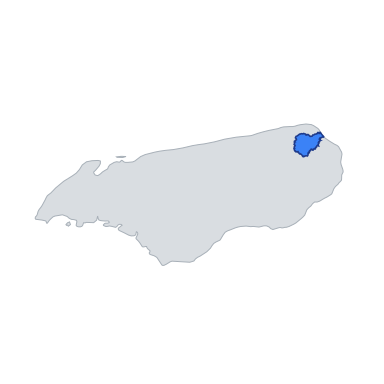 Amboasary-Atsimo, Anosy, Madagascar shown in context, rotated 242°
{"feature_id": "10022922B61088153240222", "entity_name": "Amboasary-Atsimo", "entity_type": "district", "adm_level": 2, "iso_a3": "MDG", "parent_name": "Madagascar", "parent_adm1": "Anosy", "projection": "mercator", "projection_center": [46.389, -24.509], "detail": "fine", "context": "in_parent", "style": "filled", "palette": "blue", "viewbox_px": 384, "rotation_deg": 242, "n_neighbors": 0, "source": "geoboundaries", "source_scale": "gbopen_adm2", "svg_char_len": 7850}
<svg xmlns="http://www.w3.org/2000/svg" viewBox="0 0 384 384"><g transform="rotate(242 192 192)"><path d="M248.3,48.8L249.3,51.1L250.4,53.2L253.9,58.5L255.4,60.5L256.7,62.6L257.4,66.9L259.6,73.6L261.7,83.7L262.4,94.0L263.0,98.7L264.7,103.2L267.4,107.8L268.2,113.0L266.6,118.3L264.2,123.4L263.6,124.3L262.5,125.6L262.0,125.5L260.0,124.3L258.5,122.1L256.5,117.1L255.8,114.6L255.0,114.2L252.6,114.4L251.0,116.0L250.7,117.0L251.0,119.8L251.7,122.3L251.9,124.9L252.0,128.2L252.6,129.1L253.5,130.0L254.5,132.1L254.7,137.2L254.1,139.7L252.4,141.9L252.5,143.2L253.1,144.4L252.6,145.2L250.4,146.1L249.5,147.0L248.3,149.2L246.4,153.8L246.2,156.1L247.4,163.3L247.0,168.4L244.6,178.1L243.2,182.7L241.2,188.2L238.2,195.5L235.2,204.7L232.7,214.2L230.8,219.9L228.7,225.5L225.7,235.5L223.3,245.7L219.6,256.9L214.5,269.4L213.9,271.1L212.9,277.5L211.7,283.1L210.3,288.7L207.5,297.9L207.2,300.7L206.5,303.4L203.8,309.2L202.6,311.4L201.8,313.7L201.3,316.6L200.5,319.4L198.5,324.6L195.5,329.0L193.4,330.6L189.0,333.0L186.8,333.5L181.8,333.5L177.0,334.9L172.0,337.5L167.1,340.4L165.3,341.8L163.3,342.7L156.9,342.8L155.0,342.2L148.6,337.3L146.1,336.5L141.4,335.8L140.0,335.4L138.7,334.8L136.8,332.2L133.1,330.1L132.2,329.4L131.6,327.9L131.2,326.3L130.3,324.5L129.5,321.2L128.3,318.8L124.8,314.6L124.5,313.3L124.2,308.8L124.3,305.8L124.0,300.4L124.4,297.8L125.6,295.5L125.1,293.0L123.8,290.3L123.3,287.6L122.4,285.1L118.7,280.7L117.9,278.5L117.3,276.2L115.9,269.2L115.8,266.8L116.0,261.6L116.5,258.9L117.3,257.1L117.6,255.7L118.1,254.5L119.0,253.6L119.6,252.4L120.9,245.8L122.6,244.4L125.2,243.5L127.2,241.8L128.4,239.5L129.6,234.7L132.8,230.0L133.9,227.5L136.5,223.8L138.8,218.5L139.5,216.0L140.0,213.5L140.6,207.9L141.0,205.2L140.9,202.4L139.6,199.6L136.5,194.5L136.4,193.6L136.6,189.8L136.4,187.1L135.2,184.4L133.7,181.8L132.3,177.0L131.6,169.1L131.7,166.3L131.3,163.7L130.2,161.3L131.0,157.1L140.3,141.9L140.6,140.1L140.3,135.5L140.4,132.8L140.8,131.8L141.5,131.2L143.1,131.0L150.6,130.3L151.6,129.8L153.5,128.6L156.1,126.1L157.2,125.4L158.3,125.6L158.9,126.7L159.8,127.3L162.8,126.2L164.0,126.1L165.2,126.3L165.7,125.3L166.1,123.9L166.5,122.9L167.3,122.4L171.2,122.1L173.7,121.7L177.0,120.7L177.7,120.9L180.3,124.4L181.1,124.7L182.1,124.8L183.0,124.2L180.8,122.4L180.5,121.4L180.6,120.2L181.8,117.7L183.7,115.8L187.9,112.9L192.3,109.6L193.5,109.4L194.6,109.9L195.4,113.8L195.3,114.5L196.0,114.6L196.8,114.1L197.6,112.5L197.6,111.2L197.0,109.9L196.7,108.8L196.7,107.9L198.9,105.5L200.7,103.3L201.5,100.7L202.2,99.5L204.0,98.1L204.6,98.3L205.0,99.4L205.2,100.6L204.7,101.8L204.1,102.9L203.8,104.5L204.8,104.8L205.8,104.4L207.2,101.6L208.9,99.0L209.9,97.6L211.1,96.6L213.1,96.8L215.1,97.4L211.9,94.6L211.1,90.8L214.9,84.2L214.9,82.9L215.5,82.4L215.8,81.9L213.8,79.7L213.4,78.6L213.7,76.9L214.6,75.4L215.5,74.4L216.7,74.0L217.7,74.6L219.8,76.4L221.2,76.7L223.0,74.9L224.4,72.7L226.5,71.2L229.0,70.3L232.7,66.9L235.1,59.7L235.3,57.6L234.7,55.1L233.9,52.6L232.4,49.6L232.8,49.0L234.8,49.4L235.5,48.9L237.7,46.3L241.3,41.2L242.5,41.2L243.5,42.1L243.9,43.5L244.6,44.6L247.1,47.0L248.3,48.8ZM223.1,69.0L223.1,69.8L220.3,69.4L219.9,66.7L221.2,66.6L221.5,65.5L222.4,65.4L223.3,67.8L223.1,69.0ZM256.7,146.3L254.3,150.4L255.0,147.0L257.8,142.1L258.5,141.8L256.7,146.3Z" fill="#d9dde1" stroke="#a8b0b8" stroke-width="1"/><path d="M182.0,302.4L181.7,302.3L181.4,302.3L181.2,302.1L180.8,302.2L180.6,302.1L180.3,302.0L180.2,302.0L179.9,302.5L179.6,302.5L179.6,302.3L179.3,302.4L179.2,302.3L178.9,302.4L178.9,302.6L178.7,302.7L178.8,303.0L178.7,303.1L178.3,303.5L178.1,303.5L177.9,303.8L178.2,304.0L177.9,304.6L177.5,304.2L177.3,304.3L177.0,304.3L176.9,304.4L176.7,304.5L176.4,304.5L176.0,304.9L175.8,304.8L175.6,304.8L175.4,304.8L175.2,304.8L174.9,305.0L174.7,305.5L174.4,305.7L174.4,305.8L174.5,305.9L174.3,306.0L174.0,306.0L173.5,306.3L173.2,306.3L172.7,306.4L172.5,306.5L172.2,306.5L171.9,306.4L171.8,306.5L171.5,306.5L171.5,307.0L171.4,307.2L171.1,307.1L170.8,307.0L170.6,307.6L170.6,308.2L170.8,308.7L170.6,308.8L170.6,309.3L170.5,309.5L170.3,309.7L170.2,309.8L170.2,310.1L170.1,310.5L169.9,310.7L169.9,310.9L169.8,311.1L169.7,311.1L169.8,311.3L170.0,311.6L170.4,312.0L170.6,312.0L171.1,312.3L171.6,312.5L171.9,312.8L172.1,313.0L171.9,313.2L171.5,313.4L171.6,313.8L171.6,314.0L171.8,314.0L172.0,314.2L172.1,314.3L172.2,314.2L172.3,314.3L172.3,314.2L172.6,314.2L172.8,314.4L172.8,314.7L173.0,314.9L173.1,315.0L172.8,315.2L172.8,315.4L172.8,315.6L173.1,315.6L173.2,315.8L173.3,315.9L173.3,316.3L173.4,316.7L173.6,316.8L173.7,317.2L173.9,317.4L173.8,317.5L173.7,317.5L173.4,318.1L173.2,318.1L172.7,317.8L172.1,318.4L172.2,318.8L172.3,319.0L172.4,319.3L172.5,319.5L172.6,319.8L172.8,319.8L172.9,320.0L173.0,320.2L172.9,320.4L172.7,320.6L172.3,320.7L172.3,320.9L172.1,321.0L172.2,321.4L172.3,321.5L172.6,321.6L173.0,321.6L173.4,322.2L173.4,322.3L173.2,322.4L173.2,322.6L173.2,322.9L173.2,323.1L173.4,323.2L173.5,323.2L173.6,323.3L173.7,323.5L173.8,323.5L174.1,323.8L174.3,324.4L174.1,324.5L174.3,324.9L174.3,325.0L173.9,325.0L173.7,325.2L173.3,325.3L173.2,325.4L174.1,325.5L174.7,325.9L175.0,325.9L175.0,326.0L175.2,326.6L175.4,326.6L175.6,327.0L175.9,326.9L176.1,326.8L176.4,326.8L176.5,328.7L176.5,328.8L176.6,328.5L176.7,328.4L177.0,328.2L177.0,328.8L177.1,329.0L177.1,329.5L177.3,329.2L177.5,329.1L177.8,329.4L177.7,329.5L178.1,329.9L178.4,329.3L178.6,329.3L178.7,329.1L178.9,329.1L179.2,329.5L179.5,330.0L179.6,330.3L179.7,330.5L179.4,330.8L179.2,331.0L179.4,331.4L179.5,331.7L179.2,332.1L179.3,332.4L179.3,332.5L179.2,332.6L179.3,333.2L179.2,333.3L179.4,333.5L179.2,333.8L178.8,334.0L179.1,334.3L180.2,334.0L181.5,333.7L182.0,333.6L183.0,333.5L183.6,333.4L184.0,333.4L184.3,333.4L184.6,333.1L184.4,332.9L184.1,332.6L184.0,332.4L183.8,332.2L184.0,332.0L184.4,332.2L184.5,332.0L184.4,331.8L184.5,331.8L184.7,331.7L184.9,331.7L184.9,331.3L185.1,331.3L185.2,331.2L185.5,331.1L185.5,330.8L185.3,330.7L185.1,330.5L184.9,330.4L184.7,330.2L184.7,329.8L184.3,329.8L184.5,329.7L184.9,329.5L185.0,329.4L185.0,329.1L184.9,328.9L184.9,328.7L185.3,328.0L185.2,327.7L185.5,327.3L185.4,327.0L185.2,326.8L185.2,326.7L185.3,326.3L185.4,325.5L185.5,325.4L185.3,325.3L185.3,325.0L185.2,324.8L185.0,324.5L184.9,324.4L184.9,324.2L185.1,324.0L185.1,323.8L185.2,323.7L185.2,323.0L185.5,322.8L185.6,322.7L185.7,322.3L185.8,322.2L186.2,322.2L186.4,322.3L186.5,322.2L186.9,321.9L187.1,322.0L187.4,321.9L187.5,321.8L187.7,321.7L187.8,321.7L188.1,321.6L188.4,321.4L188.4,321.2L188.4,320.8L188.6,320.6L188.4,320.3L188.5,320.2L188.4,320.1L188.6,319.7L188.8,319.5L188.8,319.4L189.1,319.4L189.4,319.4L189.4,319.5L189.6,319.5L189.8,319.5L190.0,319.4L190.1,319.1L190.4,318.8L190.6,318.6L190.8,318.4L191.1,318.3L191.1,318.2L191.3,318.0L191.2,317.7L191.2,317.3L191.5,317.0L191.6,316.8L191.6,316.6L191.9,316.5L192.0,316.4L192.0,316.2L192.2,315.7L192.2,315.4L192.3,315.4L192.3,315.2L192.4,314.9L192.4,314.7L192.4,314.4L192.6,314.3L192.6,314.1L192.6,313.7L192.5,313.3L192.4,313.2L192.3,312.4L192.2,312.0L192.3,311.7L192.2,311.4L192.1,311.2L192.1,310.8L192.3,310.0L192.2,309.9L192.0,309.7L191.9,309.4L191.7,309.1L191.6,308.9L191.1,308.7L191.0,308.8L190.9,308.8L190.6,309.0L190.4,309.0L190.2,309.1L190.0,308.9L189.9,308.9L189.7,308.8L189.4,308.9L189.1,308.8L189.1,308.5L189.1,308.2L188.9,307.7L189.0,307.5L188.9,307.4L188.7,307.3L188.5,307.0L188.7,306.8L188.7,306.6L188.8,306.4L188.5,306.2L188.4,306.0L188.2,306.0L188.1,305.8L187.8,305.9L187.7,306.0L187.7,305.9L187.7,305.7L187.4,305.6L187.2,305.5L186.9,305.4L186.8,305.2L186.8,305.3L186.7,305.1L186.3,305.1L186.2,305.0L186.0,304.9L185.9,304.6L185.7,304.8L185.2,304.8L184.8,304.9L184.7,304.6L184.3,304.6L184.2,304.4L184.3,304.2L184.2,304.0L184.2,303.9L184.0,303.7L183.9,303.5L183.7,303.4L183.3,303.3L183.1,303.1L182.9,303.1L183.0,303.0L183.0,302.8L182.6,302.4L182.4,302.4L182.3,302.5L182.0,302.4L182.0,302.4Z" fill="#3b82f6" stroke="#1e3a8a" stroke-width="1.5"/></g></svg>